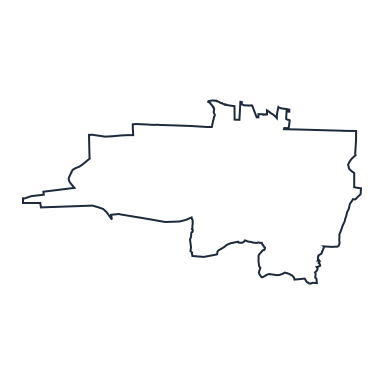 outline of Tenango del Valle, México, Mexico
{"feature_id": "50627088B67795620919369", "entity_name": "Tenango del Valle", "entity_type": "district", "adm_level": 2, "iso_a3": "MEX", "parent_name": "Mexico", "parent_adm1": "México", "projection": "albers", "projection_center": [-99.612, 19.076], "detail": "fine", "context": "isolated", "style": "outline", "palette": "slate", "viewbox_px": 384, "rotation_deg": 0, "n_neighbors": 0, "source": "geoboundaries", "source_scale": "gbopen_adm2", "svg_char_len": 5933}
<svg xmlns="http://www.w3.org/2000/svg" viewBox="0 0 384 384"><path d="M89.0,134.9L89.5,157.2L89.7,158.6L82.7,164.3L79.6,166.5L75.9,168.0L75.1,168.4L74.2,169.0L73.5,169.3L73.0,169.6L72.8,169.9L72.5,170.2L71.8,171.4L69.9,175.5L69.1,177.2L68.7,178.3L68.7,179.0L69.1,180.7L69.4,181.5L69.9,182.3L70.6,183.3L72.0,185.0L74.4,187.9L43.4,191.7L43.8,194.7L31.5,196.1L24.3,198.5L23.0,198.3L23.0,203.0L40.3,203.0L40.9,207.4L92.5,205.6L98.3,207.3L103.2,209.0L106.6,212.2L111.9,219.5L111.1,214.8L118.7,214.0L121.5,214.6L149.4,219.2L165.1,222.0L179.5,221.5L185.2,220.1L186.0,219.8L188.1,218.9L191.6,217.4L192.0,219.1L192.1,219.4L192.3,219.6L192.6,219.9L192.7,220.2L192.6,221.4L192.7,222.2L192.7,223.6L192.4,225.9L192.4,227.2L192.4,228.0L192.2,228.5L191.9,229.0L192.0,229.2L192.3,229.3L192.6,229.4L192.8,229.9L192.8,230.3L192.6,230.9L192.6,231.7L192.5,231.9L191.6,232.3L191.5,232.5L191.3,233.0L191.2,233.7L191.1,235.9L191.0,236.9L190.6,237.9L190.3,238.9L190.0,239.5L191.0,247.1L190.5,251.1L192.2,252.7L191.8,253.8L192.3,254.9L192.4,256.0L194.7,256.2L203.9,256.9L216.6,254.5L217.1,254.3L217.1,253.9L217.3,253.0L217.4,252.3L217.6,251.4L218.2,250.7L218.7,250.3L219.4,249.9L220.5,249.2L221.8,248.6L223.2,247.6L223.8,247.3L225.0,246.4L226.2,245.3L226.8,244.9L227.6,244.5L228.9,243.9L229.6,243.7L231.0,243.1L231.8,242.9L232.2,242.9L233.2,242.8L233.9,242.5L234.3,242.4L235.1,242.3L235.5,242.3L235.9,242.2L236.3,242.1L238.0,241.7L238.2,241.8L238.4,242.5L238.9,242.6L239.4,242.6L239.9,242.6L240.4,242.8L242.1,242.7L243.4,242.2L244.3,241.3L244.7,241.0L245.0,240.4L245.3,240.5L245.9,240.6L246.2,240.9L247.0,241.2L249.2,241.8L250.2,241.8L250.8,241.9L252.2,242.3L252.9,242.6L253.8,242.7L254.6,242.7L255.8,242.9L257.3,242.8L258.2,242.5L259.1,242.6L259.7,242.9L260.0,242.8L260.5,242.8L261.0,242.9L261.8,242.9L262.0,243.6L262.5,244.7L263.0,244.9L263.2,245.3L263.5,245.9L264.1,247.0L264.5,247.1L264.9,247.6L265.0,248.0L264.6,249.1L264.6,249.6L264.3,249.9L263.4,250.0L262.8,250.6L262.0,251.0L261.7,251.6L260.3,253.2L259.7,253.7L259.2,254.6L258.6,255.4L258.5,256.3L258.5,257.2L258.7,258.0L258.4,259.9L259.1,266.2L260.4,267.9L258.9,272.1L259.4,274.3L261.3,276.9L261.4,277.0L262.1,277.3L262.3,277.3L262.9,277.0L263.9,276.5L264.7,276.1L265.4,275.6L266.6,274.9L267.8,274.4L269.0,274.0L270.8,274.3L274.5,274.8L276.7,275.1L277.9,275.1L279.2,275.0L282.1,274.1L283.1,273.6L284.8,272.6L285.7,272.8L286.6,273.0L288.0,273.5L289.8,274.2L291.5,275.3L292.1,275.4L294.1,277.7L294.5,279.6L304.7,278.6L306.8,282.1L307.2,282.2L308.1,282.6L308.6,283.3L310.7,283.6L310.8,283.4L312.4,282.9L314.5,282.9L316.8,283.1L316.6,280.1L316.4,278.7L315.2,277.6L315.6,274.7L315.5,273.1L315.0,272.4L316.6,270.9L317.4,269.5L317.6,268.9L317.5,268.4L317.3,268.0L316.6,267.0L318.0,266.6L318.6,266.6L319.2,266.3L320.2,265.7L320.1,264.9L319.6,263.9L318.6,263.1L318.7,262.7L318.7,262.3L319.2,262.4L319.5,261.6L319.0,261.4L319.0,261.0L319.5,260.8L319.0,260.1L318.4,260.2L318.6,260.0L318.0,259.4L318.1,258.7L317.9,258.2L317.9,257.7L318.3,256.8L318.1,256.5L318.1,256.2L318.4,255.8L318.9,255.1L319.5,254.7L320.7,254.2L321.0,253.8L321.5,253.6L321.9,252.4L322.2,251.3L322.6,250.7L323.5,248.4L324.0,247.2L323.8,247.0L323.8,246.5L323.7,246.4L332.5,246.9L333.5,246.8L334.9,246.6L336.1,246.8L337.7,246.5L338.7,245.7L339.5,243.3L339.6,242.4L339.3,240.9L339.2,239.8L339.4,238.4L339.4,236.5L339.4,234.5L339.9,233.2L340.3,232.4L342.0,227.7L342.2,227.0L342.3,226.4L342.7,225.5L343.0,225.0L344.8,221.0L345.2,219.0L346.5,215.1L347.0,212.4L348.7,209.1L349.9,203.8L351.6,201.5L353.0,199.1L353.3,199.2L354.3,199.4L355.0,199.4L355.8,199.0L356.8,197.8L360.6,194.2L361.0,188.3L357.8,187.9L354.2,187.2L354.2,173.0L351.1,170.8L349.1,168.7L348.1,164.6L349.4,161.9L350.3,160.6L351.2,159.4L351.8,158.6L353.2,157.4L353.9,156.6L355.6,155.2L355.2,153.7L356.0,141.1L356.1,131.0L342.4,130.8L342.4,130.7L337.4,130.6L298.6,129.5L284.0,129.2L284.4,128.0L288.6,128.2L289.2,124.5L289.7,120.3L288.9,119.9L287.3,119.6L286.3,119.0L286.3,118.9L286.1,118.7L286.4,114.5L286.6,110.9L286.9,111.1L288.2,111.6L288.6,111.7L289.3,111.7L289.3,109.6L286.9,109.3L286.9,109.1L282.8,108.6L281.3,108.3L280.4,108.1L278.8,107.5L278.4,107.1L277.8,109.6L277.5,111.2L277.1,113.5L276.9,115.6L276.9,116.3L276.8,118.1L275.9,117.0L274.0,115.2L273.2,114.6L272.2,114.0L271.5,113.6L270.4,112.9L270.2,112.9L269.9,112.3L267.0,110.4L267.0,112.8L267.0,114.3L266.1,114.2L266.0,114.6L263.8,114.7L263.8,114.4L262.4,114.4L262.4,114.2L260.4,114.2L258.5,114.1L258.3,117.3L258.0,117.2L257.3,117.2L256.7,117.3L253.9,110.2L252.2,105.6L251.7,105.7L251.4,105.4L251.1,105.5L250.8,105.5L250.4,105.4L250.0,105.4L249.4,105.6L248.8,105.6L248.4,105.6L248.0,105.4L247.5,105.4L246.9,105.4L246.5,105.4L245.8,105.5L245.2,105.3L244.2,105.3L243.3,104.9L243.0,104.8L242.4,104.6L242.2,104.5L241.7,104.1L241.8,102.0L240.4,101.8L239.4,119.8L236.4,119.7L234.6,119.6L234.5,106.2L225.6,104.9L225.8,104.6L225.2,104.5L225.0,104.3L224.5,104.2L224.3,104.2L224.1,104.1L223.8,104.2L222.9,103.8L222.7,103.7L222.4,103.4L222.1,103.1L221.8,103.3L221.7,103.3L221.1,103.1L219.7,102.4L219.0,101.9L218.4,101.7L218.0,101.5L217.6,101.2L217.3,101.3L216.9,101.3L216.5,101.1L216.3,100.9L216.1,100.6L215.6,100.8L214.7,100.7L214.4,100.5L213.3,100.5L212.9,100.4L212.6,100.5L210.6,100.7L209.0,101.0L208.3,101.4L208.2,102.0L210.3,103.0L210.7,103.9L213.4,106.9L213.5,107.2L213.1,107.3L214.2,108.9L214.0,110.0L213.9,111.3L213.6,112.1L214.4,113.9L214.7,114.5L214.8,115.1L214.7,115.7L214.4,116.5L214.0,116.9L214.0,117.1L213.8,118.0L213.6,119.7L213.2,120.3L213.1,120.7L212.8,122.6L212.4,124.0L212.1,125.9L211.8,127.0L210.7,127.0L207.1,127.0L191.2,126.0L171.6,125.3L165.3,125.1L163.1,125.0L162.1,125.1L156.7,124.7L156.2,124.8L153.2,124.9L147.2,124.5L137.9,124.1L136.1,124.0L135.2,124.1L132.8,124.3L132.8,127.9L133.2,135.1L127.8,135.1L126.9,135.1L124.7,135.3L121.8,135.4L112.9,136.2L106.2,136.6L105.1,136.6L103.7,136.5L101.0,136.0L98.7,135.7L94.5,135.1L92.2,134.7L90.7,134.9L89.0,134.9Z" fill="none" stroke="#1e293b" stroke-width="2"/></svg>